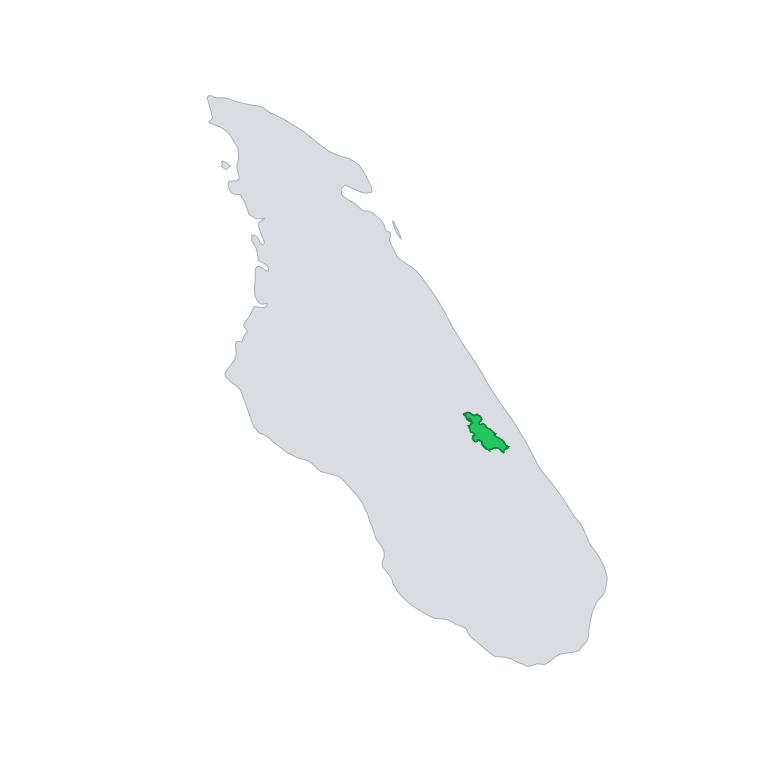 Ifanadiana, Vatovavy-Fitovinany, Madagascar shown in context, rotated 312°
{"feature_id": "10022922B31790128040616", "entity_name": "Ifanadiana", "entity_type": "district", "adm_level": 2, "iso_a3": "MDG", "parent_name": "Madagascar", "parent_adm1": "Vatovavy-Fitovinany", "projection": "natural_earth1", "projection_center": [47.619, -21.071], "detail": "fine", "context": "in_parent", "style": "filled", "palette": "green", "viewbox_px": 768, "rotation_deg": 312, "n_neighbors": 0, "source": "geoboundaries", "source_scale": "gbopen_adm2", "svg_char_len": 8832}
<svg xmlns="http://www.w3.org/2000/svg" viewBox="0 0 768 768"><g transform="rotate(312 384 384)"><path d="M492.0,77.7L493.9,82.7L496.0,87.5L502.8,99.1L505.8,103.6L508.2,108.3L509.4,117.8L513.7,132.5L517.8,154.6L519.0,177.3L520.2,187.7L523.4,197.5L528.5,207.6L530.2,219.0L527.0,230.6L522.3,241.6L521.1,243.6L518.9,246.4L518.0,246.3L514.3,243.5L511.3,238.9L507.5,227.9L506.1,222.4L504.5,221.5L500.0,222.0L496.8,225.5L496.2,227.6L496.9,233.8L498.1,239.3L498.6,244.9L498.7,252.0L499.9,254.2L501.7,256.0L503.5,260.6L503.8,271.6L502.6,277.2L499.5,282.0L499.7,284.6L500.8,287.3L499.7,289.0L495.5,291.1L493.8,292.9L491.5,297.8L487.8,307.7L487.3,312.8L489.6,328.2L488.9,339.2L484.2,360.2L481.5,370.1L477.7,382.0L471.8,397.7L466.0,417.4L461.1,437.6L457.5,449.8L453.4,461.8L447.7,483.0L443.0,504.5L435.9,528.2L426.1,554.6L425.1,558.1L423.1,571.6L420.9,583.3L418.3,594.9L412.8,614.1L412.2,620.0L411.0,625.7L405.8,637.7L403.6,642.2L402.0,646.9L401.1,653.0L399.6,658.8L395.8,669.5L390.1,678.7L386.2,682.0L377.8,686.9L373.6,687.9L364.2,688.0L355.0,690.8L345.6,696.1L336.4,702.2L333.0,705.1L329.1,706.7L317.0,707.1L313.4,705.8L301.3,695.7L296.6,694.1L287.7,692.7L285.0,691.9L282.6,690.6L278.9,685.3L271.8,680.9L270.1,679.5L269.0,676.4L268.2,673.2L266.3,669.5L264.9,662.5L262.5,657.5L255.9,648.9L255.2,646.1L254.6,636.9L254.7,630.7L254.0,619.3L254.7,614.0L257.0,609.1L256.0,603.9L253.5,598.4L252.5,592.8L250.7,587.6L243.7,578.3L242.1,573.7L240.9,568.9L238.2,554.2L237.8,549.0L238.1,538.1L239.0,532.5L240.7,528.6L241.1,525.7L242.2,523.2L243.8,521.2L244.9,518.8L247.3,504.9L250.6,501.8L255.5,500.0L259.3,496.4L261.5,491.5L263.7,481.4L269.8,471.3L271.9,466.0L276.8,458.1L281.2,446.8L282.5,441.6L283.4,436.1L284.5,424.3L285.3,418.4L285.1,412.5L282.5,406.5L276.5,395.6L276.3,393.5L276.7,385.4L276.2,379.5L273.9,373.7L271.1,368.2L268.2,357.9L266.8,340.9L267.0,334.7L266.2,329.2L264.1,324.0L265.5,314.9L283.3,282.0L283.9,278.1L283.1,268.0L283.5,262.2L284.1,260.0L285.5,258.7L288.6,258.1L303.1,256.7L305.0,255.7L308.6,252.9L313.6,247.5L315.8,246.0L317.8,246.5L319.1,248.8L320.7,250.1L326.6,247.7L328.8,247.6L331.1,248.0L332.2,245.7L332.8,242.7L333.7,240.6L335.3,239.4L342.8,238.8L347.6,237.9L353.9,235.8L355.2,236.2L360.3,243.8L361.8,244.4L363.8,244.7L365.5,243.4L361.4,239.4L360.8,237.2L361.0,234.6L363.2,229.2L366.8,225.1L374.9,218.8L383.4,211.5L385.8,211.0L387.9,212.1L389.5,220.7L389.3,222.1L390.7,222.3L392.2,221.3L393.6,217.8L393.7,214.9L392.6,212.2L392.0,209.8L392.0,207.7L396.2,202.6L399.6,197.8L401.2,192.0L402.5,189.3L406.1,186.3L407.1,186.8L408.0,189.2L408.4,191.8L407.5,194.4L406.2,196.9L405.7,200.3L407.7,201.0L409.6,200.1L412.4,194.0L415.5,188.2L417.4,185.2L419.8,183.1L423.7,183.6L427.5,184.8L421.3,178.7L419.7,170.4L427.2,155.9L427.2,152.9L428.3,152.0L428.8,150.8L425.0,145.9L424.2,143.5L424.8,139.8L426.6,136.5L428.3,134.3L430.6,133.4L432.5,134.6L436.6,138.7L439.4,139.3L442.8,135.4L445.6,130.6L449.7,127.3L454.4,125.2L461.6,117.7L466.3,101.8L466.6,97.2L465.6,91.6L464.0,86.3L461.2,79.6L461.9,78.1L465.8,79.0L467.2,78.1L471.4,72.2L478.5,60.9L480.8,60.9L482.8,63.0L483.5,66.1L484.9,68.4L489.6,73.8L492.0,77.7ZM443.0,122.3L443.1,124.0L437.7,123.3L436.8,117.3L439.5,117.1L440.0,114.7L441.6,114.4L443.4,119.7L443.0,122.3ZM507.7,291.6L503.1,300.3L504.4,293.0L509.7,282.4L511.2,281.6L507.7,291.6Z" fill="#d9dde1" stroke="#a8b0b8" stroke-width="1"/><path d="M404.5,499.1L404.7,499.3L404.7,499.5L404.5,499.8L404.3,499.7L404.1,499.8L404.2,500.3L404.1,500.5L403.8,500.6L403.7,501.0L403.8,501.2L404.4,501.2L404.5,501.3L404.7,501.5L404.7,501.8L404.4,502.5L404.1,502.7L403.8,503.0L403.9,503.3L404.1,503.6L404.4,503.7L404.6,503.6L404.8,503.8L404.9,504.4L404.9,505.2L405.2,505.5L405.0,505.9L405.3,506.1L405.3,506.7L405.5,506.4L405.9,506.1L406.4,506.3L406.6,506.5L406.8,506.9L406.8,507.1L407.5,507.6L408.2,508.0L408.4,508.0L409.1,508.4L409.6,508.6L410.0,508.8L410.4,508.9L410.5,509.3L410.8,509.5L410.8,509.9L411.4,509.9L411.9,510.3L412.0,511.0L413.0,511.8L412.9,513.0L412.9,513.3L413.0,513.6L413.4,514.2L413.3,514.6L412.9,514.8L412.7,515.4L412.8,515.8L413.0,516.1L412.9,516.1L412.7,516.1L412.7,516.7L412.6,516.9L412.6,517.2L412.8,517.4L412.9,517.7L412.8,518.6L412.9,518.8L413.0,518.8L413.2,518.4L413.5,518.6L413.6,518.2L414.1,517.8L414.5,517.9L415.1,517.7L415.6,517.9L415.8,517.7L416.0,517.7L416.6,517.5L416.9,517.8L417.3,517.8L417.5,517.7L418.0,518.1L417.9,518.6L418.2,518.7L418.4,518.2L418.6,518.0L419.0,517.9L419.1,518.1L419.3,517.7L419.6,517.7L419.6,518.1L420.0,518.5L420.1,519.0L420.3,518.8L420.8,518.7L420.6,518.5L420.3,518.0L420.0,517.3L419.7,517.0L419.6,516.5L419.7,516.3L419.8,516.5L420.2,516.5L420.1,516.4L420.0,515.8L420.0,515.6L420.6,514.8L420.6,513.7L420.8,513.7L420.9,513.3L420.9,512.7L420.7,512.4L420.9,511.9L421.2,511.9L421.5,511.4L421.4,511.1L421.4,510.6L421.3,510.1L421.6,509.7L421.4,509.0L421.3,508.9L421.3,507.8L420.8,506.2L420.9,505.6L420.7,505.5L420.7,505.3L420.6,505.0L420.5,504.3L420.4,503.8L420.0,503.4L419.8,502.8L419.9,501.6L419.8,500.6L419.9,500.3L419.9,499.9L420.1,499.7L420.4,499.9L420.5,500.5L420.8,500.8L421.0,500.8L421.1,500.7L421.1,500.4L420.9,500.2L421.1,499.9L421.5,500.1L421.4,499.9L421.6,499.9L421.7,499.7L421.6,499.4L421.7,499.1L421.5,498.2L421.3,497.9L421.3,497.3L421.5,497.0L421.4,496.6L421.6,496.4L421.5,495.9L421.3,493.9L421.3,493.6L421.6,493.2L421.4,492.8L421.1,492.6L421.0,492.0L420.6,491.3L420.6,491.2L420.6,490.9L420.7,489.9L420.5,489.4L420.2,489.0L420.2,488.7L420.0,488.1L420.2,487.8L420.7,487.4L421.0,487.8L421.3,487.5L421.3,486.8L421.3,486.6L421.2,486.3L421.1,485.2L420.9,484.7L420.9,484.1L420.6,484.0L420.3,483.4L419.4,483.7L418.9,483.5L418.4,483.1L418.2,482.8L418.1,482.5L418.1,481.6L418.5,481.0L419.7,480.4L420.3,480.7L420.6,480.7L421.3,480.9L421.5,480.8L421.7,480.5L422.2,480.2L423.1,480.5L423.1,480.4L423.2,479.9L423.0,479.7L423.7,479.4L423.8,479.1L424.0,478.9L424.4,477.4L424.4,476.8L424.2,476.5L424.3,475.9L424.0,475.5L424.0,475.0L424.0,474.8L424.1,474.5L423.8,474.2L424.0,473.8L423.6,473.6L423.5,473.1L423.4,472.9L423.2,472.9L423.0,473.4L422.9,473.1L422.4,473.1L422.2,472.9L422.0,473.0L421.7,472.9L421.6,472.7L421.4,472.4L420.8,472.1L420.9,471.4L420.6,471.4L420.5,470.9L420.3,470.7L420.2,470.3L420.0,470.2L420.1,469.7L420.4,469.3L420.3,468.9L420.3,468.6L420.1,468.0L420.3,467.5L420.2,467.0L419.9,466.8L419.6,466.8L419.3,466.6L419.2,466.6L419.4,465.9L419.2,465.8L418.9,465.7L418.7,465.4L418.7,465.1L418.4,464.8L418.3,465.1L418.2,465.0L417.9,464.8L418.0,464.6L417.8,464.3L417.4,464.5L417.3,464.8L416.9,465.2L416.6,465.1L416.7,464.7L416.6,464.3L416.6,464.1L416.5,463.9L416.2,463.6L415.9,463.8L415.7,463.7L415.6,464.0L415.4,463.8L415.3,463.4L415.0,463.6L414.8,463.5L414.8,463.8L414.8,464.1L414.6,464.1L414.4,464.3L414.5,464.5L414.4,464.9L414.6,465.0L415.0,465.3L415.0,465.5L414.8,465.8L414.7,466.2L414.9,466.7L414.3,467.3L414.2,467.3L413.8,467.7L413.7,468.3L413.8,468.9L413.6,469.1L413.3,469.1L413.1,469.3L413.2,470.8L413.3,471.3L413.4,471.5L413.3,471.9L413.7,472.3L414.0,472.2L414.1,471.6L413.6,471.1L413.6,470.7L413.7,470.3L413.9,470.0L414.1,469.9L414.3,469.6L414.5,469.6L414.8,470.0L415.2,470.1L415.6,470.4L415.9,470.8L415.9,471.1L415.7,471.4L415.4,471.4L415.3,471.5L415.2,471.1L414.8,471.5L415.0,471.9L415.5,471.9L415.3,472.8L415.3,472.6L415.2,472.6L415.1,473.1L415.3,473.4L415.3,473.6L415.0,473.6L414.4,473.4L414.1,473.6L414.1,474.6L414.4,475.1L414.4,475.4L414.6,475.7L414.5,475.8L414.4,475.9L414.2,475.5L414.1,475.2L413.8,475.4L413.7,475.3L413.1,475.2L412.9,475.2L412.9,475.4L412.7,475.6L412.4,475.4L412.1,475.4L412.0,475.6L411.0,475.4L410.8,475.5L410.6,475.4L410.4,475.6L410.2,475.4L409.9,475.0L409.6,475.2L409.4,474.9L409.4,475.4L409.3,475.8L409.4,476.1L408.8,476.4L408.2,476.4L408.3,476.6L408.4,476.9L408.4,477.2L408.3,477.4L408.3,478.0L408.0,478.3L407.9,478.5L407.7,478.6L406.9,479.1L406.8,479.6L406.5,480.0L406.6,480.3L406.5,480.5L406.3,480.4L406.2,480.5L406.4,481.0L406.6,481.1L406.7,481.5L407.1,481.8L407.0,482.1L407.3,482.5L407.3,482.9L407.2,483.7L407.3,483.9L407.1,484.5L407.2,484.8L407.2,485.3L406.9,485.5L405.9,485.5L405.6,485.2L405.6,485.4L405.3,485.2L404.9,485.4L404.6,485.2L404.3,485.3L404.3,485.1L404.1,485.1L404.0,485.3L404.2,485.5L404.0,485.8L403.5,485.8L403.3,486.1L402.9,485.8L402.6,486.0L402.6,486.6L402.8,486.9L402.6,487.2L402.3,487.3L402.2,487.6L401.9,487.8L401.8,488.2L401.9,488.3L402.0,488.6L402.3,488.8L402.4,489.0L402.2,489.5L402.0,489.9L402.1,490.4L402.4,490.5L402.5,490.8L402.9,490.9L403.1,491.3L403.6,491.2L403.8,491.5L404.0,491.1L404.9,491.0L405.3,491.8L405.5,491.9L406.3,492.2L406.1,492.7L406.2,492.9L406.1,493.0L406.3,493.3L406.1,493.5L406.1,493.8L406.3,494.1L406.3,494.4L406.5,494.5L406.4,494.9L406.6,495.1L406.6,495.3L406.5,495.5L406.3,495.8L406.0,495.6L405.8,495.6L405.5,496.1L405.4,496.6L405.2,496.6L405.0,496.8L404.9,496.8L404.9,497.1L404.7,497.6L404.3,497.8L404.2,498.3L404.6,498.6L404.5,499.1Z" fill="#22c55e" stroke="#15803d" stroke-width="1.5"/></g></svg>